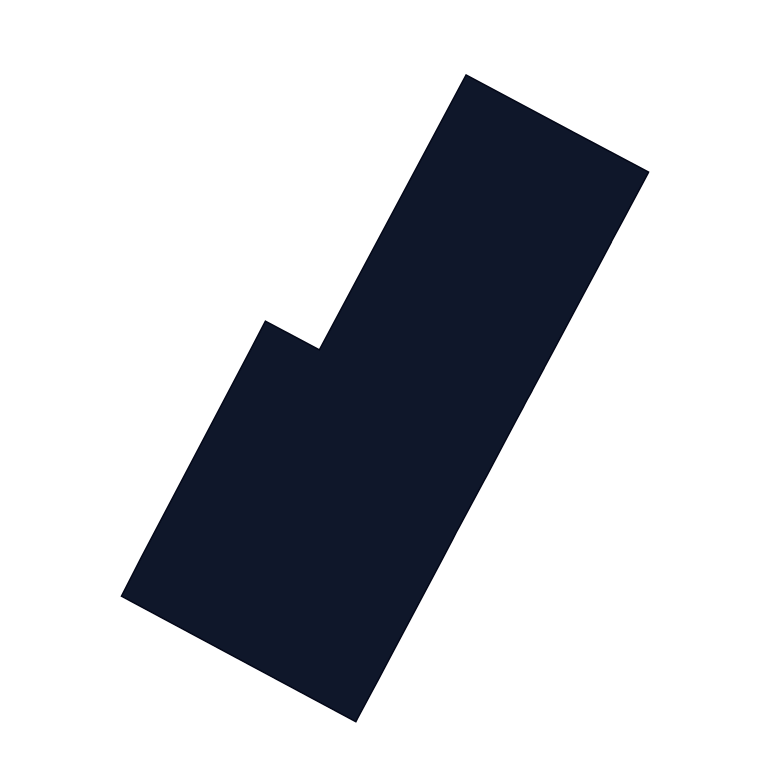 Adams, North Dakota, United States of America, rotated 298°
{"feature_id": "52423323B23495952860942", "entity_name": "Adams", "entity_type": "district", "adm_level": 2, "iso_a3": "USA", "parent_name": "United States of America", "parent_adm1": "North Dakota", "projection": "natural_earth1", "projection_center": [-102.421, 46.114], "detail": "fine", "context": "isolated", "style": "filled", "palette": "ink", "viewbox_px": 768, "rotation_deg": 298, "n_neighbors": 0, "source": "geoboundaries", "source_scale": "gbopen_adm2", "svg_char_len": 791}
<svg xmlns="http://www.w3.org/2000/svg" viewBox="0 0 768 768"><g transform="rotate(298 384 384)"><path d="M117.6,251.1L73.4,251.8L72.6,517.7L72.8,517.7L76.2,517.6L106.1,517.7L119.6,517.8L144.7,517.7L254.2,517.7L273.5,517.6L274.5,517.6L278.1,517.6L287.5,517.4L293.1,517.5L345.6,517.7L350.4,517.8L397.1,517.7L402.4,517.7L407.4,517.7L415.6,517.7L428.8,517.8L432.0,517.7L438.2,517.7L440.8,517.8L445.5,517.9L446.9,517.9L449.1,517.8L473.2,517.9L473.7,517.8L489.4,517.9L558.4,518.0L583.9,518.1L584.1,518.1L594.9,518.1L595.8,518.1L596.8,518.1L603.6,518.1L609.9,518.1L616.1,518.1L616.6,517.9L639.7,518.1L641.3,518.1L656.4,518.1L694.0,518.2L695.2,518.1L695.3,518.1L695.2,431.8L695.4,311.4L383.8,310.9L383.8,249.8L352.2,250.1L117.6,251.1Z" fill="#0f172a" stroke="#020617" stroke-width="1.5"/></g></svg>